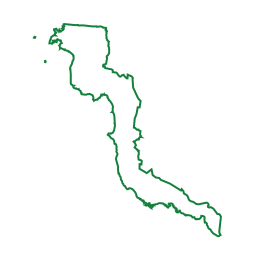 Zamboanga del Norte, Zamboanga del Norte, Philippines (Albers equal-area conic projection), rotated 276°
{"feature_id": "2640588B39288775379873", "entity_name": "Zamboanga del Norte", "entity_type": "district", "adm_level": 2, "iso_a3": "PHL", "parent_name": "Philippines", "parent_adm1": "Zamboanga del Norte", "projection": "albers", "projection_center": [122.692, 8.0], "detail": "fine", "context": "isolated", "style": "outline", "palette": "green", "viewbox_px": 256, "rotation_deg": 276, "n_neighbors": 0, "source": "geoboundaries", "source_scale": "gbopen_adm2", "svg_char_len": 5741}
<svg xmlns="http://www.w3.org/2000/svg" viewBox="0 0 256 256"><g transform="rotate(276 128 128)"><path d="M224.8,64.8L224.7,53.7L224.3,53.6L224.2,53.1L223.5,53.1L222.5,54.0L222.2,53.6L222.7,52.9L222.4,52.4L222.0,52.8L221.4,52.6L220.9,53.2L220.3,52.5L220.2,53.7L219.7,53.7L219.2,52.9L218.7,53.0L218.3,52.2L216.9,51.2L216.8,49.8L216.4,49.4L217.4,48.8L217.4,47.9L219.2,46.3L218.4,44.1L217.4,44.3L216.3,45.8L215.7,45.7L215.2,46.5L214.3,45.5L213.7,45.6L213.1,45.3L212.5,46.1L212.5,44.5L210.6,42.3L206.1,41.1L204.0,41.0L204.2,42.0L203.9,43.7L205.2,44.1L205.1,44.9L205.6,44.9L205.4,45.3L205.7,45.6L205.7,46.2L206.2,44.1L206.8,44.0L206.6,44.7L207.1,44.9L207.3,45.6L206.3,46.0L206.1,47.2L206.6,47.1L206.6,47.5L207.6,47.3L207.8,47.5L207.0,48.1L208.6,48.2L209.0,48.7L207.7,51.2L208.1,51.9L207.9,52.1L207.3,51.9L205.5,53.3L204.4,51.7L203.2,51.5L202.9,51.0L202.4,51.5L200.6,52.0L200.4,52.3L200.7,52.5L200.2,52.4L200.4,52.6L200.0,54.3L198.8,57.2L198.9,57.4L199.4,56.9L199.5,57.0L198.8,57.5L198.3,60.7L197.8,60.9L198.0,61.2L197.4,62.2L195.1,65.6L194.0,66.0L194.0,66.3L190.8,66.7L189.4,66.4L188.6,65.8L186.1,65.6L182.6,64.3L180.8,64.2L180.7,64.5L175.2,65.5L166.7,66.4L165.6,66.8L165.1,67.9L164.2,68.7L164.4,68.6L164.4,69.1L164.2,68.8L163.6,69.5L162.8,69.4L162.1,70.2L161.7,71.8L162.0,72.3L161.5,73.1L161.4,74.5L161.0,75.0L161.2,74.9L161.3,74.9L161.4,75.0L160.7,75.3L159.8,77.1L158.5,77.4L158.1,78.1L157.2,77.9L156.7,78.6L156.7,82.9L157.6,84.5L157.5,85.4L157.9,86.2L157.1,88.7L156.1,89.9L154.0,90.5L152.7,90.2L152.1,91.2L151.6,91.3L152.8,93.2L152.9,94.6L153.8,94.8L154.2,95.6L155.1,96.3L155.1,96.8L157.6,97.8L157.6,98.1L158.0,97.8L158.5,98.0L158.7,99.3L158.4,100.6L158.9,100.8L158.5,101.0L158.6,102.4L157.9,103.9L157.2,104.4L156.1,104.4L154.4,105.9L153.7,106.0L152.8,107.5L149.9,109.8L147.6,110.9L145.8,110.7L143.3,111.1L142.4,110.5L142.5,110.9L142.3,111.0L142.3,110.7L142.2,110.6L142.0,111.3L140.8,112.3L138.8,113.1L132.4,114.2L131.4,114.0L131.2,114.4L128.8,114.8L124.2,114.4L121.9,113.5L120.8,112.1L120.9,111.4L120.5,111.1L120.6,109.3L119.1,108.6L118.0,110.6L116.3,112.0L115.3,114.5L113.3,115.7L111.0,116.2L110.7,116.7L110.8,117.4L109.8,118.1L107.8,118.7L106.2,118.6L105.1,119.1L102.6,118.9L102.9,119.0L101.9,119.9L100.9,120.3L97.5,119.4L95.8,119.3L88.2,122.3L86.9,122.2L83.2,122.9L82.0,123.7L81.6,123.4L81.2,124.1L79.5,124.8L78.5,125.8L75.8,126.4L74.9,127.4L72.5,128.3L71.8,129.2L70.5,129.7L69.7,131.4L68.7,131.8L67.0,133.6L67.2,134.6L68.1,135.3L68.3,136.0L68.1,137.5L67.5,139.1L64.9,141.8L63.1,143.0L60.9,143.7L59.7,144.8L59.4,146.3L58.5,147.1L58.9,147.6L58.7,148.1L57.8,148.6L57.6,149.6L57.3,149.4L57.0,149.8L57.6,150.3L57.5,151.1L56.5,151.5L55.7,152.2L55.3,152.0L55.3,151.6L55.1,151.7L55.5,153.3L54.8,154.1L55.0,154.4L54.7,154.8L53.7,154.9L53.1,153.2L52.7,154.4L54.4,156.5L55.3,156.6L55.5,157.2L54.5,157.7L54.4,157.3L53.9,158.1L53.8,156.8L52.9,156.4L52.5,156.8L52.7,157.0L52.3,157.4L52.4,158.0L51.9,158.0L51.7,158.7L51.2,158.7L50.8,159.5L51.4,159.3L51.8,159.6L51.8,160.3L52.4,160.9L53.4,160.2L53.9,160.6L53.9,161.2L54.2,160.8L55.4,165.0L56.3,166.3L56.6,167.6L56.6,171.1L56.2,171.6L55.8,171.6L55.4,172.4L55.6,172.9L54.8,173.3L55.2,173.6L55.1,174.6L53.6,175.1L53.6,175.8L53.1,176.2L54.5,177.1L55.2,178.1L55.6,177.9L55.6,177.1L56.2,176.8L56.2,177.1L56.8,177.0L56.6,177.5L56.8,177.3L57.3,177.9L57.6,179.0L57.0,180.4L55.7,180.6L55.8,181.1L55.5,181.5L54.9,181.3L54.0,181.7L54.0,182.7L53.2,182.9L52.7,183.6L53.2,184.2L52.6,184.9L51.6,185.2L50.8,184.5L50.4,185.2L49.8,184.7L49.3,185.3L49.2,186.5L49.9,187.2L50.9,187.5L51.1,186.9L51.3,188.2L49.5,189.1L48.8,190.5L48.8,191.8L47.9,193.1L48.0,193.5L47.2,194.0L47.0,194.7L47.7,195.5L47.4,196.2L47.6,196.8L47.4,199.7L46.7,200.8L45.8,201.5L46.2,203.4L44.9,204.0L44.3,205.0L44.4,205.9L44.9,206.2L44.7,207.5L45.0,208.6L46.7,210.0L48.3,210.1L48.2,212.2L47.7,213.2L46.8,213.6L45.4,213.5L42.0,214.3L42.2,215.2L41.3,216.4L39.5,216.7L38.5,217.7L37.2,218.1L36.0,219.5L35.9,220.4L33.7,222.0L32.1,223.8L30.1,228.0L29.8,229.2L30.4,230.3L31.1,230.8L31.7,230.6L31.7,230.9L32.8,230.1L34.3,229.6L49.6,229.7L51.8,227.9L51.8,225.9L56.7,221.4L57.9,218.7L57.4,217.0L57.9,215.8L58.7,215.6L59.7,216.3L61.2,215.7L62.0,213.9L59.5,206.3L59.6,203.8L61.3,200.8L61.8,197.9L63.0,196.1L66.3,194.5L67.4,193.4L68.7,190.5L71.0,189.7L72.8,187.8L71.4,187.2L77.0,175.7L79.9,165.9L81.5,164.4L81.7,160.9L83.7,157.5L89.3,155.7L85.1,151.4L88.7,143.7L93.3,143.3L93.6,144.5L93.1,144.7L93.1,145.2L96.8,145.1L97.2,144.5L97.7,141.9L100.9,141.1L103.3,141.5L105.5,141.0L106.5,140.1L106.7,140.7L109.3,136.6L111.7,137.7L113.8,136.4L115.0,135.0L115.3,135.3L115.2,135.9L117.6,138.3L117.6,139.9L118.2,140.2L118.7,139.8L120.4,140.9L120.4,142.0L120.7,141.5L121.3,141.7L121.5,141.1L122.9,140.7L126.2,140.7L127.1,138.3L127.5,138.3L127.3,136.8L128.7,135.3L129.0,133.8L138.2,133.7L142.8,135.0L149.6,135.5L149.7,137.4L156.2,137.7L157.9,135.6L159.5,134.4L168.7,128.9L177.3,127.4L178.2,127.6L179.6,126.4L181.0,122.1L177.3,122.3L177.3,121.4L179.4,118.9L180.5,118.1L179.7,116.4L178.8,115.8L178.2,114.7L179.2,113.2L181.9,110.8L181.9,107.0L183.7,106.9L184.6,105.6L185.2,99.1L186.6,98.6L186.3,97.1L186.9,96.7L187.9,96.7L188.5,97.1L188.6,97.9L189.6,99.5L195.4,99.9L196.2,99.4L197.2,99.4L198.2,100.4L200.4,101.4L204.2,101.1L206.8,100.4L207.3,99.9L208.0,99.7L209.1,100.1L210.7,99.6L211.9,100.0L213.0,98.2L213.5,98.2L215.3,97.1L216.3,97.2L218.4,96.6L219.8,96.8L221.0,96.5L221.6,96.8L221.7,96.5L222.2,96.8L223.0,96.3L223.3,95.4L224.4,95.9L225.3,95.6L225.2,92.7L225.6,92.5L226.2,90.2L225.4,86.5L225.8,86.2L225.3,81.7L225.4,72.9L224.8,68.0L225.2,67.7L224.8,64.8ZM208.7,26.3L208.9,25.5L208.0,25.1L207.9,26.0L208.7,26.3ZM185.9,38.4L185.0,38.5L184.9,39.0L185.8,39.1L186.1,38.8L185.9,38.4ZM218.6,49.5L217.7,49.3L217.8,50.2L218.6,49.5Z" fill="none" stroke="#15803d" stroke-width="2"/></g></svg>